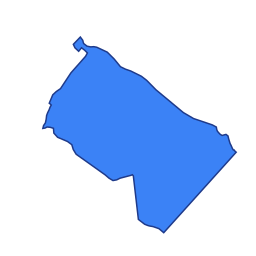 SVG path tracing the border of Omusati, rotated 132°
{"feature_id": "NAM-3350", "entity_name": "Omusati", "entity_type": "Region", "adm_level": 1, "iso_a3": "NAM", "parent_name": "Namibia", "parent_adm1": "", "projection": "natural_earth1", "projection_center": [14.875, -18.403], "detail": "fine", "context": "isolated", "style": "filled", "palette": "blue", "viewbox_px": 256, "rotation_deg": 132, "n_neighbors": 0, "source": "natural_earth", "source_scale": "10m", "svg_char_len": 1151}
<svg xmlns="http://www.w3.org/2000/svg" viewBox="0 0 256 256"><g transform="rotate(132 128 128)"><path d="M79.2,31.4L99.9,31.4L120.6,31.4L141.4,31.4L162.1,31.4L181.9,31.4L182.1,37.7L184.5,43.4L186.5,46.6L187.3,48.3L188.4,51.3L189.0,59.1L160.0,92.0L159.8,93.5L161.3,94.2L170.6,100.3L174.1,101.7L177.1,104.0L178.0,108.6L178.1,113.5L182.2,149.0L180.6,154.3L178.0,158.6L178.5,163.9L182.0,174.1L181.4,179.7L178.1,183.2L179.5,186.2L181.4,188.8L183.5,189.6L185.3,191.0L182.6,192.4L179.5,192.8L176.2,194.7L173.1,196.9L170.2,198.0L167.3,198.8L164.8,199.8L162.3,200.4L162.2,201.7L162.3,203.1L153.7,206.1L148.9,205.7L143.9,204.5L125.3,207.3L103.1,207.5L99.4,208.4L99.2,212.1L99.5,216.2L104.0,216.0L103.9,221.1L102.4,224.6L92.3,224.3L93.1,220.3L94.0,219.0L94.9,217.5L94.6,213.2L92.7,210.0L90.5,207.9L88.9,205.3L85.5,194.2L86.0,184.4L87.5,174.6L86.0,169.3L83.8,164.1L80.6,152.7L80.1,146.1L80.9,132.7L79.5,97.2L77.1,85.6L69.3,67.5L68.2,63.0L69.7,61.1L70.5,59.6L70.8,57.8L71.0,55.3L70.6,53.1L67.2,50.9L67.0,48.4L68.6,46.1L71.2,41.8L71.9,39.9L73.4,36.6L73.8,35.0L73.3,34.3L73.6,33.4L73.6,31.4L79.2,31.4Z" fill="#3b82f6" stroke="#1e3a8a" stroke-width="1.5"/></g></svg>